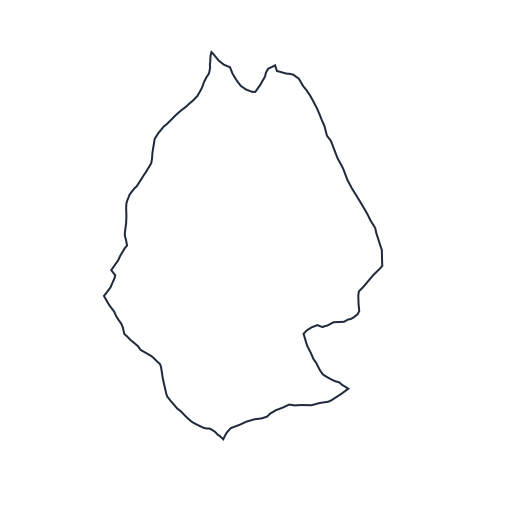 Erbil, Arbil, Iraq (Natural Earth projection), rotated 210°
{"feature_id": "34846034B81757937090155", "entity_name": "Erbil", "entity_type": "district", "adm_level": 2, "iso_a3": "IRQ", "parent_name": "Iraq", "parent_adm1": "Arbil", "projection": "natural_earth1", "projection_center": [44.002, 36.09], "detail": "fine", "context": "isolated", "style": "outline", "palette": "slate", "viewbox_px": 512, "rotation_deg": 210, "n_neighbors": 0, "source": "geoboundaries", "source_scale": "gbopen_adm2", "svg_char_len": 2650}
<svg xmlns="http://www.w3.org/2000/svg" viewBox="0 0 512 512"><g transform="rotate(210 256 256)"><path d="M109.7,187.2L113.7,187.4L116.8,187.4L118.8,187.8L120.8,188.2L124.9,187.1L130.0,186.7L133.5,186.7L136.6,186.7L139.5,187.1L143.8,189.2L150.4,193.5L154.4,195.3L160.7,199.9L166.8,203.8L169.9,206.7L175.9,212.4L174.8,217.0L172.2,222.0L169.9,224.8L168.2,226.9L164.7,227.3L162.4,228.0L161.9,229.1L159.3,231.6L155.8,237.3L150.9,240.5L146.9,243.0L144.6,246.9L142.3,249.0L140.6,251.9L139.7,254.4L138.9,256.1L139.1,260.0L143.2,265.7L147.8,273.2L149.2,276.8L147.7,282.5L145.8,293.0L144.9,298.1L142.3,307.4L141.7,310.6L146.6,318.4L150.0,324.1L155.2,328.7L163.5,336.2L166.7,339.8L174.7,344.1L180.5,348.0L191.7,354.4L206.9,362.6L214.9,367.6L224.4,375.4L234.2,381.4L245.7,390.7L248.8,393.2L254.8,395.7L261.5,402.6L266.3,406.1L271.9,410.5L277.1,414.4L282.6,417.9L289.0,421.8L295.0,424.8L300.1,426.7L305.3,429.7L308.1,431.2L310.5,431.2L314.1,431.7L317.7,430.7L320.8,429.2L330.4,426.7L334.8,430.7L336.0,428.7L339.1,424.3L339.1,419.9L337.9,415.9L337.9,412.5L337.9,406.1L338.7,397.7L341.5,396.2L347.9,395.2L354.2,395.7L360.2,398.2L367.4,402.1L372.9,406.5L379.3,405.6L385.7,406.5L395.2,410.0L396.5,410.3L395.5,406.7L392.9,401.7L391.4,398.2L390.0,396.4L388.6,392.5L388.0,390.3L388.3,386.1L388.0,380.7L387.1,375.7L386.8,372.9L386.8,369.3L386.8,365.1L387.4,362.9L388.2,359.4L390.0,354.4L390.8,351.5L394.0,343.7L396.0,337.6L399.1,325.9L400.6,322.0L402.0,313.8L402.3,306.7L400.8,302.8L397.7,294.6L397.1,293.2L394.5,287.8L393.1,283.9L393.3,273.9L393.6,269.7L393.9,261.8L394.2,256.5L395.1,254.0L395.6,250.1L396.2,246.2L395.6,242.6L395.3,239.8L394.5,236.6L392.4,232.6L389.6,228.0L388.7,226.6L387.3,224.1L384.7,219.1L383.0,214.8L380.9,209.9L379.5,207.7L376.6,204.9L372.9,200.6L373.5,197.8L373.7,188.2L373.2,183.5L374.3,171.4L368.3,168.9L367.4,166.1L366.8,160.0L366.3,156.1L367.1,149.7L367.7,145.4L361.1,141.5L357.9,139.8L351.0,136.9L347.6,134.4L343.9,132.3L339.0,130.1L335.3,127.3L331.2,122.7L326.4,121.6L322.6,120.5L318.0,119.8L312.9,118.8L309.1,117.0L296.5,117.0L294.2,116.6L288.8,115.2L285.3,114.5L283.0,112.7L275.6,103.5L272.7,100.3L268.7,96.0L264.7,91.7L262.7,89.9L260.7,89.2L257.5,87.8L252.0,86.0L248.3,84.6L243.4,83.9L237.1,82.1L232.3,81.0L228.8,80.3L225.4,80.3L218.8,80.7L215.6,81.0L213.0,81.7L210.2,83.2L207.9,83.5L203.3,83.2L199.8,82.1L197.8,82.1L192.7,80.9L193.0,84.4L193.0,88.7L191.8,94.3L185.7,101.7L181.6,107.6L175.9,113.6L169.8,118.3L166.0,122.6L165.1,126.2L161.6,132.5L160.2,134.2L157.1,138.0L153.0,143.9L147.9,145.9L141.9,149.8L133.3,154.5L127.5,160.4L120.5,166.0L118.6,168.7L113.5,178.6L109.7,187.2Z" fill="none" stroke="#1e293b" stroke-width="2"/></g></svg>